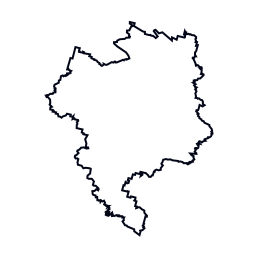 Cowra, New South Wales, Australia, rotated 95°
{"feature_id": "25037944B9471741195126", "entity_name": "Cowra", "entity_type": "district", "adm_level": 2, "iso_a3": "AUS", "parent_name": "Australia", "parent_adm1": "New South Wales", "projection": "equal_earth", "projection_center": [148.827, -33.811], "detail": "fine", "context": "isolated", "style": "outline", "palette": "ink", "viewbox_px": 256, "rotation_deg": 95, "n_neighbors": 0, "source": "geoboundaries", "source_scale": "gbopen_adm2", "svg_char_len": 5794}
<svg xmlns="http://www.w3.org/2000/svg" viewBox="0 0 256 256"><g transform="rotate(95 128 128)"><path d="M233.7,107.2L230.0,106.5L229.2,106.9L228.5,104.7L226.4,102.9L225.7,104.1L224.7,103.6L224.1,104.8L222.2,103.7L222.0,104.2L214.6,102.9L214.8,101.6L213.9,101.4L211.0,104.3L208.8,104.6L207.7,107.2L206.0,109.4L206.1,111.8L206.8,112.0L207.1,112.8L205.5,112.5L205.2,114.1L200.3,113.2L199.7,115.4L198.3,114.5L196.6,114.5L195.9,119.1L197.2,119.4L196.6,122.8L191.2,121.8L191.0,123.0L191.4,123.1L190.6,128.4L185.4,127.5L185.6,126.4L182.0,125.7L183.2,124.1L182.7,122.7L180.6,122.3L180.4,123.7L177.9,123.2L178.4,120.0L173.8,119.1L174.1,116.9L172.2,116.5L172.8,112.3L170.6,111.8L170.8,110.4L174.7,111.1L173.4,109.6L170.9,109.9L171.4,106.3L173.4,103.8L174.7,103.0L174.8,101.2L173.0,99.9L173.0,99.2L169.2,98.4L169.3,97.6L167.9,97.4L167.0,96.1L167.5,93.8L166.8,91.7L165.2,91.9L162.2,90.0L161.5,91.2L160.5,91.6L159.4,90.8L156.6,90.2L155.6,87.4L156.0,85.9L155.6,82.8L156.3,80.9L156.5,75.2L157.2,74.8L156.8,73.0L157.1,70.8L158.2,69.5L157.8,66.0L158.5,66.1L159.0,65.2L157.9,63.6L157.3,64.2L156.4,63.8L156.6,62.0L156.2,62.0L155.9,60.4L154.8,60.9L153.6,59.2L151.6,60.3L150.3,60.2L149.7,62.1L148.0,63.8L147.8,57.6L147.1,57.8L145.7,59.5L143.4,58.4L142.8,59.5L142.1,59.3L141.9,58.4L142.2,56.9L141.6,56.3L138.9,56.1L138.8,57.2L137.8,57.9L137.2,56.6L137.4,55.2L136.2,56.5L135.0,55.8L135.2,54.4L136.0,53.3L134.4,51.5L134.0,49.7L133.0,50.8L132.5,50.7L131.2,47.5L130.2,47.4L130.3,46.1L129.1,44.7L127.7,44.1L126.6,44.4L126.3,43.4L124.9,43.6L124.4,44.7L123.2,44.0L121.8,44.5L119.2,47.0L117.9,47.2L116.1,52.3L114.6,53.3L114.2,55.1L113.0,55.7L112.0,57.7L110.8,57.9L110.0,59.3L108.0,58.9L107.9,60.1L106.6,59.9L105.5,61.5L104.3,61.3L104.0,59.7L103.2,59.4L98.8,58.7L100.0,55.6L98.6,53.7L97.6,55.5L95.1,55.7L93.7,56.8L93.6,58.1L92.3,60.0L92.7,61.1L92.1,61.8L92.1,63.3L90.8,63.0L87.5,63.9L85.5,63.0L83.7,64.4L83.1,63.6L82.1,64.3L81.5,63.4L81.1,64.6L79.7,65.9L78.5,64.5L77.4,66.7L77.3,66.3L76.3,66.6L76.1,65.7L74.9,66.5L74.4,65.5L74.7,64.9L74.2,63.2L72.7,62.5L72.3,60.3L68.8,57.3L68.0,57.5L67.9,60.0L67.1,59.7L67.0,59.2L66.6,59.7L63.8,59.6L63.0,60.8L62.7,60.0L62.1,59.9L61.9,60.6L61.7,59.8L61.1,60.0L61.0,61.9L59.4,63.8L60.0,65.8L59.6,65.9L59.2,64.9L58.8,65.9L53.9,68.5L52.8,69.7L52.3,69.6L52.1,68.0L50.4,67.6L50.5,66.7L48.9,67.7L46.8,67.8L45.5,66.8L39.5,65.7L40.1,67.4L36.3,66.7L36.0,67.6L36.6,67.7L36.5,68.2L35.5,67.8L33.5,68.6L32.7,68.0L31.4,68.1L29.9,70.2L29.9,72.6L29.1,74.0L29.5,75.0L28.9,75.8L29.3,77.3L28.9,77.3L28.4,78.6L27.7,78.5L27.8,79.1L26.5,79.8L30.0,80.4L30.2,79.2L32.7,79.2L33.0,79.6L32.0,86.5L35.8,87.2L33.9,92.0L37.0,91.9L29.7,102.1L31.0,105.5L27.8,109.1L28.4,110.4L29.2,110.8L34.2,106.4L36.0,108.1L34.1,110.9L33.9,113.3L33.3,113.7L33.6,115.1L32.8,119.4L30.8,119.5L30.5,121.7L25.9,131.0L23.0,130.5L22.3,135.4L23.8,135.3L25.5,132.3L26.1,132.4L26.7,133.7L30.7,135.2L31.0,137.5L33.0,137.4L34.5,135.0L36.3,135.0L36.8,134.0L37.8,134.3L38.2,137.6L39.5,139.0L40.3,143.8L41.9,146.4L43.3,146.5L43.7,149.4L45.0,149.3L47.8,145.6L52.8,136.6L55.9,133.9L58.6,132.7L59.7,134.8L60.0,135.5L59.5,135.8L60.4,137.8L60.9,138.0L60.5,138.8L63.6,144.8L63.8,146.0L63.0,146.4L63.0,147.2L64.1,148.1L63.8,149.9L66.8,154.4L67.0,155.8L66.2,157.7L66.8,157.5L68.4,159.4L67.9,160.5L66.9,161.0L66.8,162.1L65.6,162.3L65.0,163.9L63.5,165.1L63.0,167.7L62.4,167.6L62.0,169.8L61.6,170.6L60.3,170.4L59.9,172.8L57.9,172.2L57.4,178.5L56.3,178.4L55.9,179.7L56.9,179.9L56.5,183.2L55.8,183.0L55.5,183.6L52.7,183.0L52.0,187.4L63.6,189.3L63.3,191.4L75.0,193.7L75.0,192.9L74.3,192.5L75.4,191.7L76.1,189.6L77.0,190.5L78.1,190.0L78.6,190.7L78.9,193.5L80.0,193.7L80.3,192.9L81.6,194.5L81.0,195.2L82.1,196.6L81.3,197.6L82.3,199.3L86.0,199.6L86.7,201.0L89.0,201.0L91.2,204.8L92.7,205.3L94.2,204.7L94.7,203.8L95.3,204.4L96.2,203.6L96.8,204.4L97.8,203.4L98.8,203.4L99.2,205.4L100.6,206.0L100.7,208.4L102.2,210.2L102.2,211.5L102.8,211.8L102.9,212.6L104.3,211.7L104.1,210.6L106.5,208.1L109.9,207.6L111.5,208.1L113.5,205.7L114.2,207.1L116.3,207.1L116.6,204.5L118.1,204.5L117.8,203.7L118.3,203.8L118.7,201.0L120.0,201.2L120.1,199.1L122.5,198.3L122.6,196.7L123.5,195.1L122.2,194.0L120.9,191.0L119.1,190.0L119.7,186.2L121.4,186.5L121.7,184.1L121.1,183.6L124.0,184.0L123.1,182.2L124.1,181.6L124.4,178.5L125.2,178.2L126.8,179.5L128.4,178.7L129.5,179.3L132.6,179.1L133.4,173.2L136.5,173.7L137.2,171.7L138.1,171.9L138.7,167.7L142.9,169.7L147.1,168.1L150.0,168.4L150.8,167.4L150.8,166.1L151.7,165.8L152.1,167.7L151.2,170.3L151.7,173.0L153.7,174.5L154.9,176.4L155.7,176.6L157.3,175.1L159.5,177.0L160.1,178.3L161.6,178.5L162.9,177.5L162.7,175.8L163.3,174.8L166.5,175.3L169.0,174.7L169.6,170.9L172.0,169.0L171.3,166.7L171.5,162.4L172.0,161.5L176.7,161.8L178.9,164.1L181.3,164.2L182.0,162.9L181.8,159.6L184.2,157.3L187.8,158.0L188.4,157.2L188.4,155.1L190.5,152.4L191.5,151.9L192.7,152.3L191.7,154.2L193.6,155.8L194.0,158.0L197.2,157.3L197.7,156.5L198.0,154.4L199.8,154.1L199.4,152.7L202.6,152.2L202.5,151.0L202.9,150.7L202.3,149.4L203.9,149.0L202.6,148.3L203.4,147.1L202.5,145.6L204.4,144.4L206.2,145.1L206.8,144.0L206.5,143.4L207.4,142.6L206.3,142.4L207.5,142.0L207.4,141.0L207.9,141.7L208.1,140.7L208.8,141.1L208.3,140.1L208.6,139.7L209.9,139.5L209.7,139.9L210.9,140.1L211.5,141.0L212.0,140.6L213.2,142.1L213.3,140.1L214.3,141.1L214.1,141.7L214.8,141.3L214.5,142.4L215.7,142.5L215.2,141.4L216.7,141.9L217.2,140.0L216.7,139.3L216.0,139.8L214.8,139.0L215.3,138.7L215.1,137.9L214.1,136.9L215.6,137.0L215.4,136.2L217.1,136.2L217.0,135.7L215.9,135.5L216.6,135.2L216.8,133.8L215.7,131.6L216.3,131.1L216.0,130.4L216.7,130.3L216.8,129.2L216.1,128.7L216.8,128.1L216.4,126.6L217.4,126.1L216.8,125.5L217.6,124.7L217.5,124.0L219.0,124.5L220.2,124.1L221.5,125.3L225.1,122.5L225.3,120.8L226.2,120.0L228.4,113.0L230.3,112.8L233.7,107.2Z" fill="none" stroke="#020617" stroke-width="2"/></g></svg>